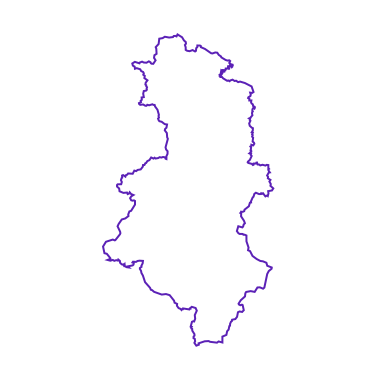 Befandriana Nord, Sofia, Madagascar (Albers equal-area conic projection), rotated 291°
{"feature_id": "10022922B32579750162608", "entity_name": "Befandriana Nord", "entity_type": "district", "adm_level": 2, "iso_a3": "MDG", "parent_name": "Madagascar", "parent_adm1": "Sofia", "projection": "albers", "projection_center": [48.822, -15.151], "detail": "fine", "context": "isolated", "style": "outline", "palette": "violet", "viewbox_px": 384, "rotation_deg": 291, "n_neighbors": 0, "source": "geoboundaries", "source_scale": "gbopen_adm2", "svg_char_len": 6076}
<svg xmlns="http://www.w3.org/2000/svg" viewBox="0 0 384 384"><g transform="rotate(291 192 192)"><path d="M333.9,122.0L331.7,121.8L331.7,120.3L331.0,119.0L329.8,118.7L328.0,115.3L327.2,111.0L325.1,109.4L323.4,106.5L318.2,107.8L314.2,106.2L313.0,107.3L308.3,109.4L306.2,107.9L303.6,108.5L301.9,110.8L297.8,109.9L297.3,108.3L297.5,107.4L298.2,106.8L298.5,104.9L296.4,103.2L295.6,100.5L295.8,98.7L294.1,96.8L293.3,96.8L293.0,92.0L290.6,90.2L288.8,91.5L288.5,93.5L286.6,94.6L287.8,96.0L288.0,99.7L286.7,101.2L286.5,103.4L285.5,104.5L284.0,104.5L283.5,106.3L281.3,106.7L280.3,110.4L277.4,109.6L275.6,110.0L275.3,111.0L274.3,111.4L273.7,112.5L272.1,112.6L271.3,113.2L270.2,112.8L269.0,110.8L266.3,111.2L263.3,113.0L262.2,111.1L260.1,112.1L258.8,111.4L257.6,112.2L256.0,110.6L255.3,111.0L254.8,112.4L256.2,115.0L255.8,117.5L256.2,118.6L257.4,119.0L257.6,120.9L259.7,123.6L259.5,124.8L259.9,125.9L258.6,126.9L256.4,130.3L252.1,133.5L251.0,133.5L249.6,134.5L248.4,134.0L247.0,135.2L246.4,136.2L246.7,138.5L245.6,142.2L246.1,144.5L242.9,145.1L241.2,144.3L239.8,144.5L238.0,147.4L234.2,149.2L233.0,150.4L224.2,151.3L222.4,152.6L221.3,154.6L218.8,155.5L216.2,155.3L213.6,156.3L213.6,155.4L214.7,154.4L214.3,152.4L213.2,151.1L212.9,149.3L211.6,148.3L210.2,146.0L210.6,144.8L209.4,144.1L209.6,141.5L206.5,140.8L204.8,139.2L202.7,138.8L202.1,138.1L200.2,137.9L199.6,136.6L198.0,137.0L194.7,136.0L193.1,133.3L191.5,132.4L191.3,130.5L187.8,130.1L186.4,125.7L185.0,125.3L183.9,124.2L182.5,124.3L183.1,121.6L182.3,120.8L180.4,121.7L179.8,121.3L177.6,121.4L176.2,122.9L173.9,123.1L172.5,119.8L171.6,119.5L170.2,120.1L169.2,122.7L166.7,124.1L166.6,128.3L168.2,131.5L167.0,132.7L167.9,133.7L169.4,133.9L168.3,135.8L168.2,138.4L166.3,136.9L164.1,136.4L162.5,138.2L162.6,139.6L163.4,140.8L163.2,142.0L159.8,143.3L152.6,141.9L151.4,140.5L148.2,140.5L146.8,141.3L143.4,139.2L141.2,136.3L136.0,135.0L133.3,134.8L129.2,139.1L127.9,139.9L126.7,139.9L119.7,137.7L119.2,137.3L119.2,135.1L114.7,129.5L109.2,128.5L103.5,132.2L103.8,134.6L101.0,139.4L100.4,139.8L98.3,137.5L98.6,140.4L100.2,142.4L99.9,144.1L101.2,145.7L101.4,147.4L102.5,147.4L101.8,149.4L100.2,150.2L99.5,151.7L99.2,152.9L99.9,153.9L99.1,154.7L100.3,155.0L98.6,155.9L98.4,158.0L98.9,160.1L99.5,158.6L102.2,162.9L103.2,163.4L105.0,163.1L104.9,161.7L105.8,161.9L106.7,164.8L108.1,165.9L109.1,167.7L110.1,170.9L107.7,171.5L105.0,171.2L104.0,171.7L102.4,170.6L101.5,170.9L100.1,172.7L98.3,173.8L96.4,176.1L91.0,180.5L87.5,187.2L86.0,188.6L86.1,189.9L85.2,192.4L85.4,200.5L87.4,204.3L87.7,208.1L84.1,214.2L82.4,215.4L82.2,218.2L80.4,218.7L78.8,221.1L78.8,222.8L78.1,224.5L79.0,224.6L79.3,225.5L80.1,225.4L81.4,231.6L82.4,231.6L82.6,232.4L83.3,232.2L84.7,232.9L85.0,236.9L82.9,239.0L78.1,238.7L74.8,240.4L71.9,240.4L71.8,239.5L70.8,238.5L65.9,239.0L66.0,240.0L65.0,239.8L64.4,240.3L64.3,241.2L62.6,242.0L60.2,245.2L58.8,245.8L57.6,245.3L56.1,245.8L55.9,247.2L53.8,248.4L52.0,248.3L50.1,251.1L51.9,253.1L53.1,252.4L57.2,257.4L58.8,261.0L58.6,262.5L60.3,269.3L62.0,270.4L62.4,274.3L67.9,272.2L70.9,275.3L74.6,274.7L76.7,275.5L80.2,274.9L80.8,275.4L82.6,274.8L84.9,274.9L85.8,275.5L87.1,275.2L88.9,278.0L91.6,278.8L96.2,278.0L97.5,279.2L98.0,281.8L100.2,282.7L104.6,279.8L104.7,279.0L103.6,277.7L103.8,276.1L104.4,275.5L108.4,276.3L113.5,278.9L116.6,278.1L118.1,278.4L120.5,282.3L121.2,286.3L126.3,287.3L127.3,289.5L127.2,293.0L128.7,293.8L142.4,291.6L145.7,292.0L148.9,293.8L150.1,293.5L150.1,288.7L152.6,286.8L152.7,283.1L152.1,280.5L152.6,276.4L154.0,271.4L157.6,267.4L157.7,265.2L160.4,264.7L165.5,260.5L170.9,258.4L171.0,256.4L170.5,255.3L171.0,254.4L169.9,251.4L170.2,250.0L171.6,247.9L176.6,247.5L177.0,251.7L178.1,252.1L180.2,251.9L181.8,252.6L183.8,250.8L186.9,246.5L189.4,245.7L189.7,244.7L190.5,245.1L191.2,244.9L191.6,246.4L192.8,247.6L194.4,247.4L199.1,250.2L202.7,249.9L203.4,250.9L204.2,250.4L208.7,250.6L209.6,251.1L212.6,250.9L214.2,251.9L214.1,255.4L214.7,256.8L215.6,257.0L215.3,258.0L216.3,258.7L214.2,262.1L215.7,263.4L215.4,264.2L218.1,263.9L220.1,262.8L222.1,266.1L224.5,266.6L225.9,263.0L227.7,262.7L229.5,260.5L231.4,260.9L232.0,257.9L233.4,257.6L234.3,256.2L237.7,256.7L238.2,257.6L239.5,255.7L240.5,255.1L241.2,255.6L241.7,254.7L244.5,253.6L244.1,252.0L243.0,251.1L242.7,248.1L241.3,246.2L241.7,244.9L241.2,243.4L242.8,242.1L242.5,241.6L241.6,241.7L240.7,239.4L239.5,239.7L239.0,239.2L239.7,237.8L239.3,234.2L239.6,233.4L240.3,233.3L242.7,234.5L247.0,234.8L247.8,233.4L248.9,233.4L248.7,231.8L250.9,232.9L251.9,232.4L251.8,231.8L254.6,231.3L255.4,230.2L256.2,230.9L257.4,230.5L257.5,232.5L259.4,232.9L260.3,232.1L260.8,230.5L264.6,229.6L265.2,228.3L266.9,228.3L267.2,227.5L269.2,227.5L269.1,226.4L271.2,226.7L273.4,226.0L273.4,225.0L274.5,222.2L276.5,220.8L279.4,221.0L279.9,220.1L281.0,220.1L281.2,219.0L282.0,219.8L285.3,220.9L286.8,219.9L288.2,219.5L288.9,219.9L289.9,219.0L291.2,218.8L292.5,219.1L292.2,220.4L293.2,220.5L294.0,220.0L294.2,218.2L295.6,217.4L296.0,215.9L296.9,215.0L298.7,214.6L298.0,212.7L299.5,212.2L299.8,210.7L300.7,210.7L302.4,212.1L303.9,212.0L305.6,210.7L306.1,212.7L307.4,213.6L311.9,209.8L312.7,202.3L312.3,197.3L311.1,195.7L311.7,193.3L310.9,192.0L311.4,189.6L309.8,187.7L308.9,187.4L309.1,185.8L308.4,185.0L309.3,180.2L310.1,178.9L309.5,177.2L311.2,175.7L312.3,176.4L310.9,176.4L311.5,177.3L313.4,177.7L313.7,176.2L315.8,175.8L315.0,177.5L316.0,179.1L316.4,179.0L316.4,177.5L316.9,177.1L317.7,179.5L319.3,179.2L319.5,180.2L320.4,180.7L320.1,181.9L320.4,182.5L320.9,182.4L320.7,181.8L321.3,181.0L322.3,180.6L323.5,183.1L322.7,184.4L323.4,184.7L323.9,183.8L325.0,184.6L325.4,184.3L325.3,183.7L324.2,183.1L323.9,181.9L325.4,182.1L325.8,180.6L326.2,180.5L328.7,180.8L328.1,180.4L328.3,179.6L327.4,178.0L327.3,176.1L328.2,171.1L328.9,170.6L329.6,167.8L331.1,165.7L330.6,163.7L328.7,161.5L328.4,160.1L330.2,152.8L330.4,148.4L331.4,148.0L331.6,147.0L330.7,144.5L329.1,145.0L327.8,144.4L325.2,145.1L324.3,144.5L324.7,141.7L322.6,139.3L322.1,136.8L322.4,135.2L324.9,134.2L326.7,132.7L328.3,133.2L329.8,132.4L330.6,130.2L332.9,127.3L333.9,122.0Z" fill="none" stroke="#5b21b6" stroke-width="2"/></g></svg>